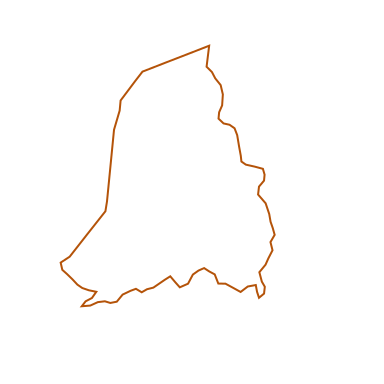 the district of Malhador, Sergipe, Brazil, rotated 19°
{"feature_id": "56859067B70433157537378", "entity_name": "Malhador", "entity_type": "district", "adm_level": 2, "iso_a3": "BRA", "parent_name": "Brazil", "parent_adm1": "Sergipe", "projection": "robinson", "projection_center": [-37.277, -10.67], "detail": "fine", "context": "isolated", "style": "outline", "palette": "amber", "viewbox_px": 384, "rotation_deg": 19, "n_neighbors": 0, "source": "geoboundaries", "source_scale": "gbopen_adm2", "svg_char_len": 1206}
<svg xmlns="http://www.w3.org/2000/svg" viewBox="0 0 384 384"><g transform="rotate(19 192 192)"><path d="M186.6,295.0L194.9,283.8L198.9,278.8L205.8,282.9L211.5,286.1L218.1,280.0L219.7,269.8L223.7,264.2L228.2,260.0L234.2,261.5L240.3,262.5L246.7,270.0L253.5,267.8L261.9,269.2L270.5,270.7L275.5,263.2L282.6,259.2L286.0,265.2L289.8,270.2L293.2,264.6L291.7,257.9L287.2,254.0L281.8,245.9L285.2,236.8L285.8,229.9L287.1,220.9L282.5,213.8L284.1,205.6L280.1,199.8L276.0,194.6L272.2,187.7L265.3,178.7L255.3,172.9L253.6,165.1L256.4,157.8L255.0,152.0L251.5,147.0L243.0,147.6L234.0,148.6L228.8,147.1L226.3,141.8L221.9,134.0L216.2,123.5L211.5,117.9L205.6,116.2L199.5,116.9L193.2,114.0L191.7,107.8L192.3,100.3L189.4,89.7L184.3,81.6L177.0,77.0L171.8,72.1L165.0,68.8L160.6,48.1L147.5,59.2L125.7,77.6L106.0,94.3L102.2,105.5L94.7,128.7L97.1,138.6L98.0,158.5L114.7,228.6L116.4,238.4L106.8,265.8L97.4,293.0L90.8,301.5L94.7,307.8L100.6,310.3L107.4,313.5L113.8,316.9L119.5,318.5L126.5,318.5L134.0,317.5L131.9,324.8L127.0,330.0L125.0,335.9L132.8,332.5L138.8,326.8L145.2,323.7L150.9,323.5L156.6,320.2L159.8,311.6L166.1,305.4L170.5,301.8L177.1,303.2L181.1,298.6L186.6,295.0Z" fill="none" stroke="#b45309" stroke-width="2"/></g></svg>